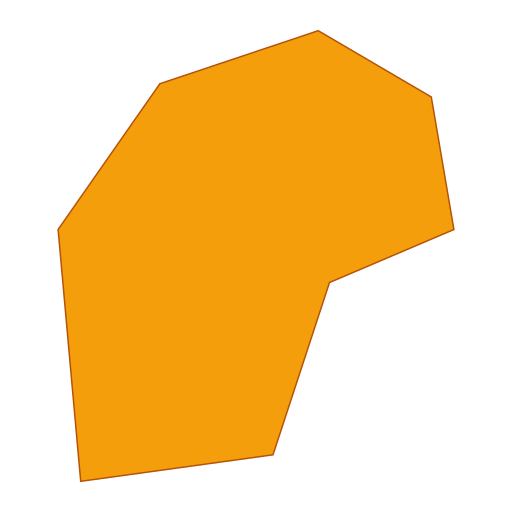 SVG path tracing the border of Pateros
{"feature_id": "PHL-5559", "entity_name": "Pateros", "entity_type": "Independent Municipality", "adm_level": 1, "iso_a3": "PHL", "parent_name": "Philippines", "parent_adm1": "", "projection": "natural_earth1", "projection_center": [121.084, 14.542], "detail": "fine", "context": "isolated", "style": "filled", "palette": "amber", "viewbox_px": 512, "rotation_deg": 0, "n_neighbors": 0, "source": "natural_earth", "source_scale": "10m", "svg_char_len": 234}
<svg xmlns="http://www.w3.org/2000/svg" viewBox="0 0 512 512"><path d="M80.7,481.3L58.1,229.5L159.9,83.7L318.2,30.7L431.3,97.0L453.9,229.5L329.5,282.5L273.0,454.8L80.7,481.3Z" fill="#f59e0b" stroke="#b45309" stroke-width="1.5"/></svg>